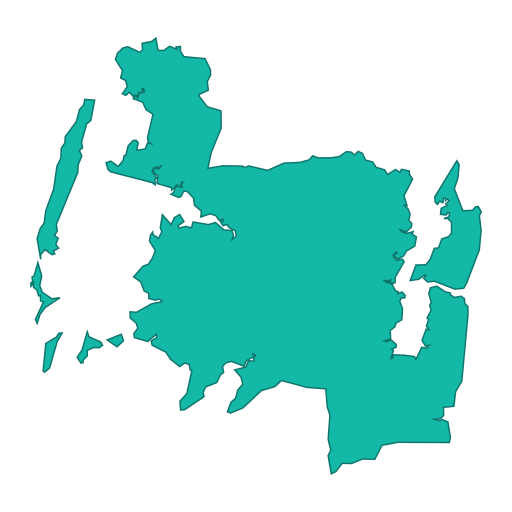 Wete, Kaskazini-Pemba, United Republic of Tanzania (orthographic projection)
{"feature_id": "72390352B34611789685005", "entity_name": "Wete", "entity_type": "district", "adm_level": 2, "iso_a3": "TZA", "parent_name": "United Republic of Tanzania", "parent_adm1": "Kaskazini-Pemba", "projection": "orthographic", "projection_center": [39.725, -5.092], "detail": "fine", "context": "isolated", "style": "filled", "palette": "teal", "viewbox_px": 512, "rotation_deg": 0, "n_neighbors": 0, "source": "geoboundaries", "source_scale": "gbopen_adm2", "svg_char_len": 6012}
<svg xmlns="http://www.w3.org/2000/svg" viewBox="0 0 512 512"><path d="M183.9,56.7L180.5,51.3L180.4,46.5L176.1,47.0L176.9,49.3L169.5,46.3L163.9,50.5L158.1,50.4L155.9,38.2L151.6,41.5L142.1,43.3L142.6,49.6L139.9,52.4L127.7,46.7L122.5,48.2L117.5,53.3L115.4,59.5L122.5,70.6L120.6,78.0L125.6,80.5L127.3,86.6L122.4,93.7L125.8,95.4L129.3,92.2L133.3,96.6L134.8,95.1L136.9,96.4L138.9,92.3L143.8,91.9L142.0,89.1L144.2,88.2L142.7,88.9L144.5,90.7L144.0,92.5L139.4,92.8L137.6,97.9L135.3,95.7L133.2,98.7L142.7,102.2L146.1,109.7L153.0,114.3L147.5,137.6L148.0,141.1L151.1,143.7L147.5,143.0L145.3,148.9L136.7,150.3L138.2,142.6L136.1,140.3L133.1,140.5L128.2,145.8L125.7,155.7L124.3,155.4L123.0,160.6L118.2,166.5L110.7,161.1L106.1,162.8L108.0,169.5L110.8,171.9L152.3,182.6L155.1,184.8L155.0,179.0L156.8,178.1L152.0,171.2L154.0,167.4L158.4,167.0L158.7,168.6L161.7,165.1L159.4,168.7L154.7,168.1L153.1,171.8L157.9,175.8L157.0,183.5L171.4,187.6L171.7,190.0L177.7,184.2L176.7,185.9L181.0,186.6L180.6,184.7L181.6,182.1L183.4,182.2L181.1,184.4L182.4,187.4L175.6,186.3L173.6,192.6L171.1,194.3L178.6,197.4L181.1,196.5L183.7,191.1L187.4,191.6L193.5,198.1L194.5,205.2L201.4,211.1L200.8,217.0L210.0,213.9L215.7,215.5L219.1,220.2L222.7,219.1L223.4,221.2L220.2,221.0L222.9,225.6L227.3,224.6L228.8,227.4L235.3,230.8L236.4,236.2L232.0,239.6L233.5,235.5L231.9,230.5L223.9,229.9L215.5,222.5L208.5,224.6L193.0,222.0L191.5,227.9L185.9,226.4L179.0,228.1L178.1,225.7L184.0,221.5L179.6,214.5L174.4,217.7L171.2,224.7L162.4,214.7L160.3,227.6L161.8,231.8L158.5,238.4L152.9,234.5L152.7,232.1L150.5,235.2L149.5,241.0L155.3,250.5L152.5,258.0L148.5,264.1L143.0,266.2L133.6,276.9L140.7,281.9L144.2,291.1L148.8,293.3L148.8,298.5L155.2,300.1L159.7,299.0L162.0,301.7L151.5,303.9L136.5,312.3L130.1,311.8L130.2,318.0L136.1,323.0L137.8,328.2L133.8,333.6L134.4,337.6L147.7,341.5L156.3,334.3L156.8,337.5L151.2,341.0L152.1,345.2L165.9,352.2L170.4,359.1L179.7,366.6L184.8,363.0L189.2,364.5L190.3,370.2L191.9,370.3L186.9,393.5L179.9,401.3L180.6,410.0L184.5,409.8L204.0,396.7L203.2,392.3L205.7,386.9L216.7,382.6L220.7,374.5L223.6,372.6L222.6,366.4L225.8,362.9L231.5,361.4L243.9,366.2L246.3,360.7L254.4,356.4L252.1,353.0L255.6,355.3L253.4,358.7L254.1,361.2L248.6,360.7L245.7,367.1L234.7,369.9L240.9,377.0L242.8,384.2L237.8,390.0L235.6,398.3L231.0,402.2L227.4,411.8L230.6,413.0L242.9,407.9L261.4,390.6L274.8,386.6L281.6,380.5L307.0,387.4L325.8,388.8L327.2,406.7L329.9,415.0L328.2,439.4L330.8,450.1L328.1,455.6L331.3,473.8L335.8,471.6L342.2,463.3L351.4,463.5L362.7,459.0L374.8,459.3L382.0,445.3L397.8,442.3L449.3,442.5L450.4,437.3L447.9,421.9L441.5,419.3L439.6,420.7L432.7,418.9L437.7,419.4L442.2,417.1L443.7,415.1L443.4,407.3L453.9,406.3L455.6,391.7L461.8,381.2L467.9,315.3L467.9,306.4L464.9,303.9L464.3,298.5L461.0,296.2L454.7,297.4L450.9,295.4L450.1,292.8L445.4,291.9L436.8,286.2L430.4,287.8L428.8,293.5L431.3,302.6L429.6,305.1L431.1,310.2L427.0,318.1L428.6,319.3L426.4,326.3L429.3,330.0L426.2,329.1L422.0,340.4L425.7,346.3L429.3,345.2L426.8,348.4L421.8,347.2L415.9,359.5L414.5,356.6L404.3,355.2L393.0,354.8L392.9,358.0L390.9,358.6L393.5,350.3L391.7,349.1L396.2,347.2L396.3,344.5L391.1,339.9L386.6,341.7L383.9,340.8L390.6,339.0L390.3,330.3L394.7,327.0L396.0,323.0L401.8,319.8L402.5,308.5L399.8,301.5L401.2,297.8L404.6,298.0L405.1,295.3L402.1,292.0L397.8,293.7L398.2,291.6L395.9,291.3L392.4,285.0L393.1,283.5L391.2,284.0L389.7,282.9L390.4,280.7L387.7,283.0L385.9,281.9L386.9,280.9L384.5,281.1L384.1,280.7L386.8,280.4L387.2,281.0L386.3,281.9L387.4,282.6L390.1,280.0L390.7,281.3L390.2,282.9L390.7,283.3L395.1,282.7L395.2,277.3L404.1,261.8L402.6,259.2L396.4,260.5L392.9,255.5L396.0,252.1L397.1,252.9L393.4,255.8L398.1,259.1L403.7,255.8L406.4,251.1L414.8,246.0L416.4,237.0L412.0,234.0L413.2,231.7L406.7,233.4L401.4,231.7L400.1,229.7L406.3,231.9L411.4,227.2L411.8,223.6L408.9,220.4L410.1,213.9L407.8,208.4L403.3,204.9L407.0,205.6L404.0,195.7L412.6,179.2L409.3,174.1L409.4,171.0L401.5,169.3L400.1,172.3L395.5,169.5L387.6,174.5L384.5,169.8L376.1,167.3L372.7,162.0L365.6,160.1L362.4,153.4L358.2,151.4L354.5,155.0L351.2,152.1L346.3,151.7L339.2,156.6L330.4,157.9L317.7,157.8L312.7,155.8L309.3,159.8L300.1,162.4L284.0,163.1L267.6,170.4L248.6,165.9L244.8,167.6L242.6,166.1L223.0,165.8L207.9,168.3L211.2,152.5L221.2,128.1L221.0,110.9L207.3,106.8L199.3,96.4L199.0,94.5L208.3,90.2L207.3,81.5L210.6,75.1L210.4,69.6L205.0,58.6L183.9,56.7ZM457.8,178.4L459.2,164.8L456.8,160.8L434.7,197.0L435.3,202.4L437.6,204.4L439.5,201.3L442.9,202.6L443.5,198.0L445.3,198.2L445.5,200.7L447.3,198.9L449.1,200.7L445.8,204.0L447.3,205.6L441.2,208.3L440.5,214.4L446.0,215.0L448.1,212.4L449.5,213.0L448.9,216.9L443.9,218.5L447.8,218.5L451.5,222.2L451.5,232.9L448.6,236.7L441.8,238.9L438.5,247.9L434.3,248.4L430.3,259.0L425.9,264.8L416.0,265.0L410.2,280.6L418.7,279.3L424.9,274.7L425.9,275.6L423.5,278.3L427.7,282.0L434.2,281.1L454.8,289.1L463.7,288.3L466.6,283.1L479.3,249.9L481.1,230.4L479.4,215.8L481.3,211.9L478.3,206.6L475.5,206.8L472.4,210.4L462.8,210.7L454.3,188.7L457.8,178.4ZM94.6,100.2L84.8,99.4L83.7,105.0L79.5,109.6L76.4,121.5L65.3,136.6L64.9,143.0L61.3,148.2L60.9,158.2L56.9,166.3L53.7,188.9L45.8,210.7L44.1,223.2L40.3,228.3L37.1,238.5L40.7,259.3L40.6,254.7L44.9,249.6L52.1,254.7L54.8,253.9L53.4,251.1L58.6,248.1L55.8,244.5L58.2,238.2L54.6,235.6L57.3,230.7L56.3,224.5L77.9,172.2L78.1,164.9L81.8,156.0L79.4,150.4L82.5,147.9L81.5,142.1L86.7,123.8L90.8,120.5L94.6,100.2ZM41.7,276.0L37.9,262.7L34.1,275.8L32.0,277.0L32.7,281.4L30.7,283.2L31.1,286.2L33.5,282.8L33.5,287.2L36.9,290.0L38.6,295.8L40.4,295.5L40.5,300.8L43.4,302.1L35.4,319.4L37.2,323.4L40.0,314.4L45.2,307.5L60.0,297.7L51.9,298.8L42.3,292.3L39.7,285.6L41.7,276.0ZM57.1,341.8L62.1,333.0L58.9,333.2L56.5,337.0L45.8,343.5L43.1,371.0L44.6,372.2L49.6,368.0L57.1,341.8ZM100.6,341.9L89.0,336.8L87.3,331.8L82.0,350.1L77.2,357.2L80.9,363.1L83.1,362.6L83.1,360.1L87.2,356.0L87.3,350.4L93.3,347.6L99.4,347.7L102.6,345.2L100.6,341.9ZM123.5,340.8L121.3,334.3L107.2,339.9L117.0,346.8L123.5,340.8Z" fill="#14b8a6" stroke="#0f766e" stroke-width="1.5"/></svg>